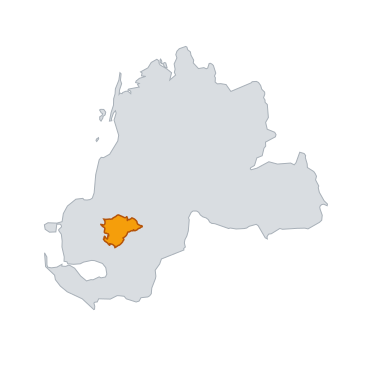 Portuguesa highlighted on a map of Venezuela, rotated 285°
{"feature_id": "VEN-35", "entity_name": "Portuguesa", "entity_type": "State", "adm_level": 1, "iso_a3": "VEN", "parent_name": "Venezuela", "parent_adm1": "", "projection": "robinson", "projection_center": [-69.276, 8.978], "detail": "fine", "context": "in_parent", "style": "filled", "palette": "amber", "viewbox_px": 384, "rotation_deg": 285, "n_neighbors": 0, "source": "natural_earth", "source_scale": "10m", "svg_char_len": 6964}
<svg xmlns="http://www.w3.org/2000/svg" viewBox="0 0 384 384"><g transform="rotate(285 192 192)"><path d="M327.1,142.6L331.0,148.3L330.6,149.6L328.3,151.0L326.9,154.2L323.9,155.6L319.8,159.5L317.0,159.8L312.9,166.3L315.2,171.3L314.7,173.8L315.7,175.1L320.6,175.3L321.1,176.6L320.5,178.7L319.6,180.0L313.0,184.2L309.8,183.7L308.4,185.0L304.2,185.9L303.0,188.4L304.1,191.7L304.6,197.1L299.2,203.5L312.6,220.7L314.1,221.6L315.5,225.6L315.0,227.9L312.7,230.7L309.3,232.8L307.3,236.3L305.3,237.0L301.6,236.7L299.8,238.7L297.5,239.4L296.0,242.1L283.7,246.5L278.3,245.1L272.1,248.4L271.1,256.4L269.2,258.3L266.9,258.3L259.2,250.1L255.4,251.3L252.8,250.2L245.2,250.4L241.7,245.8L233.8,245.5L230.7,242.4L229.4,242.3L228.8,243.4L231.8,248.5L241.1,258.4L241.1,267.3L245.5,279.8L244.7,283.7L247.2,284.9L258.3,285.8L258.2,290.3L256.7,292.3L254.5,292.6L248.9,296.0L245.5,297.1L243.3,304.3L241.5,306.4L239.4,308.2L235.7,308.2L230.6,312.9L228.9,312.8L224.6,315.1L217.7,321.9L215.4,326.0L213.7,326.1L214.3,322.4L213.4,320.5L211.8,319.5L210.3,319.3L208.4,320.3L203.3,323.8L198.3,324.6L195.7,323.0L186.4,313.6L186.3,310.4L184.1,302.9L179.4,289.0L179.5,286.3L172.2,279.4L171.1,276.9L168.1,276.0L166.2,276.9L166.7,274.6L176.6,264.6L177.4,262.4L173.6,256.0L171.4,254.2L170.2,251.9L167.7,244.2L167.1,238.2L166.2,236.9L167.3,222.3L166.8,219.1L167.6,216.7L169.5,215.0L170.6,212.4L170.8,208.9L172.0,206.0L174.1,203.7L174.8,201.5L173.9,197.9L172.1,196.5L166.1,195.3L164.5,196.5L153.5,198.5L148.1,198.4L144.0,197.5L140.8,197.8L137.1,199.8L135.3,198.6L133.9,199.2L119.4,179.8L114.1,179.4L106.9,176.7L101.3,178.9L98.9,179.1L88.8,178.0L83.2,179.0L80.8,178.0L79.2,176.5L76.7,170.1L72.9,169.1L71.3,166.5L71.8,156.2L73.7,153.4L73.0,148.7L72.5,146.5L67.4,140.8L64.7,129.5L61.3,128.9L60.3,126.5L59.3,126.0L56.6,127.6L53.6,128.2L53.0,127.6L60.4,113.7L63.3,97.3L67.0,89.2L72.0,82.7L76.1,80.8L82.0,69.9L95.1,65.3L91.7,68.6L83.9,70.8L82.1,72.1L82.3,75.7L84.5,81.0L88.5,85.1L86.7,85.5L87.5,89.3L89.4,91.8L89.4,93.4L88.0,98.4L82.0,106.2L78.8,113.1L81.2,117.1L81.6,119.2L86.0,124.3L85.5,126.3L87.5,130.4L90.6,131.0L96.6,128.3L99.8,124.0L100.5,115.6L99.9,112.6L96.2,105.4L93.7,102.6L91.5,96.3L90.5,90.6L92.2,89.3L92.0,86.3L96.2,85.4L105.3,80.6L111.0,79.3L117.4,76.7L120.2,73.3L121.2,73.0L124.5,75.0L126.1,74.3L126.8,72.8L125.9,69.7L118.2,70.8L116.3,64.7L118.0,59.8L122.1,57.9L125.0,60.8L127.0,69.6L129.7,74.2L137.9,73.3L146.2,75.3L155.0,81.7L157.6,88.2L156.5,89.9L157.1,92.7L158.3,95.5L160.3,97.3L165.8,97.7L183.9,94.5L199.1,94.0L202.0,95.3L202.3,97.7L207.2,102.7L222.1,107.1L227.8,106.5L241.3,98.1L248.6,98.3L250.7,97.0L248.0,95.7L241.9,95.2L240.1,96.1L239.1,93.9L247.8,93.3L255.5,93.7L261.8,92.2L266.8,92.3L271.8,91.3L281.2,92.4L288.6,91.5L287.8,92.9L281.4,94.0L278.4,96.0L272.0,95.6L267.5,96.3L268.9,96.9L268.9,99.0L270.2,99.4L272.2,102.0L272.7,104.1L271.1,107.4L272.9,107.1L273.9,106.0L273.9,103.7L275.0,104.1L279.7,113.8L281.8,111.5L283.2,112.9L283.1,109.2L284.7,109.3L288.2,111.8L291.7,117.4L291.1,113.1L294.0,113.0L294.7,111.2L300.5,117.3L306.6,119.1L311.1,123.7L310.2,125.9L307.5,127.1L306.4,128.5L304.4,135.7L301.9,141.4L294.3,141.5L300.7,145.9L303.0,144.0L306.2,143.9L311.1,141.6L317.6,142.7L320.5,140.8L324.1,141.0L327.1,142.6ZM248.2,82.4L248.9,85.4L246.8,88.0L244.0,88.1L241.8,86.4L240.6,86.8L236.9,85.8L238.0,84.2L240.7,83.4L242.8,85.3L244.5,85.4L245.0,83.8L247.3,81.5L248.2,82.4ZM309.8,133.3L305.7,135.7L305.5,133.3L308.6,130.5L310.0,132.2L309.8,133.3ZM220.3,87.6L219.2,88.1L216.1,86.9L216.8,86.0L218.4,86.0L220.3,87.6ZM310.6,128.9L308.1,129.6L308.8,127.9L311.4,127.0L312.3,127.3L310.6,128.9Z" fill="#d9dde1" stroke="#a8b0b8" stroke-width="1"/><path d="M143.0,113.8L143.1,114.1L142.8,114.9L142.8,115.1L143.2,115.5L143.3,116.2L143.7,117.0L143.9,117.9L144.3,118.7L144.5,119.1L144.5,119.8L144.6,120.2L144.7,120.5L144.9,120.7L145.3,121.8L145.5,122.0L145.8,122.2L146.3,122.3L146.8,122.7L147.1,123.1L147.3,123.3L147.8,123.8L148.4,124.5L149.1,125.0L149.6,125.3L150.0,125.6L150.3,125.9L150.6,126.4L150.8,126.8L150.8,127.4L150.7,127.9L150.2,131.4L149.9,132.8L149.8,133.1L149.8,133.4L149.8,133.7L150.1,134.5L150.5,134.9L150.6,135.0L150.8,135.1L151.0,135.2L151.2,135.3L151.2,135.5L150.7,135.8L150.4,135.9L150.3,136.0L150.2,136.3L149.9,136.4L149.8,136.5L149.6,136.6L149.4,136.6L149.2,136.5L148.8,136.6L148.0,136.8L147.8,136.9L147.8,137.0L148.0,137.1L148.3,137.2L148.6,137.4L148.7,137.5L148.9,137.7L149.0,138.0L149.1,138.3L149.1,138.5L149.2,138.8L149.4,138.9L149.6,139.0L149.9,139.5L150.2,139.8L151.4,140.6L151.4,140.9L151.4,141.3L151.3,141.7L151.3,141.9L151.2,142.2L151.1,142.9L150.8,143.8L149.8,145.6L149.3,146.3L148.1,146.9L147.1,147.7L147.0,147.8L146.9,148.0L146.5,149.4L146.2,150.7L146.2,150.9L146.4,151.8L146.4,152.0L146.3,152.5L146.2,152.6L146.0,152.8L145.9,152.8L145.7,152.8L145.4,152.7L145.2,152.6L145.2,152.4L145.1,152.1L144.9,151.9L144.0,151.3L143.8,151.2L143.7,151.1L143.3,150.4L143.0,150.0L142.9,149.8L142.1,149.2L141.2,148.7L140.8,148.2L140.0,147.2L139.9,147.0L139.8,146.7L139.8,146.3L139.9,146.1L140.0,145.9L140.2,145.7L140.3,145.6L140.3,145.3L140.2,145.3L140.0,145.2L139.5,145.2L139.4,145.2L139.2,144.8L139.1,144.6L139.2,144.2L139.0,143.7L138.6,143.1L137.5,142.0L137.3,141.8L137.1,141.4L136.8,140.5L136.7,140.4L136.1,140.3L134.8,140.2L134.6,140.1L133.8,140.0L133.5,139.9L133.1,139.8L131.6,139.0L130.9,138.3L130.3,138.0L130.0,137.4L129.9,137.3L129.6,137.4L129.5,137.5L129.3,137.7L129.1,137.9L128.6,138.3L128.4,138.5L128.2,138.5L127.7,138.4L127.3,138.1L126.8,137.9L126.3,138.0L125.9,137.9L124.0,137.0L122.0,135.7L121.8,135.4L121.3,134.6L118.6,132.3L118.4,131.9L118.7,131.8L118.9,131.7L119.0,131.6L119.6,131.6L119.8,131.4L119.9,130.7L120.0,130.5L120.3,130.1L120.5,129.7L120.8,128.7L120.9,126.6L120.8,126.2L120.4,126.5L120.2,126.5L119.9,126.4L119.6,126.4L119.4,126.3L119.3,126.2L119.3,125.9L119.4,125.7L119.9,125.1L120.3,124.2L120.7,123.9L120.8,123.8L121.0,123.4L121.4,122.0L121.6,121.9L121.7,121.5L121.9,120.8L121.9,120.6L122.0,120.5L123.3,118.9L123.5,118.8L123.6,118.7L123.9,118.9L124.0,119.0L124.3,119.2L124.5,119.2L125.2,118.9L125.4,118.8L125.5,118.9L125.9,118.9L126.0,119.0L126.2,118.9L126.4,119.0L126.5,119.0L126.5,119.3L126.4,119.5L125.7,120.3L125.3,120.9L125.2,121.0L125.0,121.3L124.7,122.0L124.7,122.3L124.8,122.4L125.0,122.5L127.0,122.3L127.3,122.2L127.5,122.1L127.8,122.1L127.8,122.4L127.8,122.6L128.1,122.9L129.4,122.4L129.8,122.1L129.8,121.8L129.8,121.7L129.7,121.5L129.7,121.3L129.7,121.1L130.0,120.3L130.0,120.2L130.0,119.9L129.9,119.4L129.8,119.1L129.8,118.8L130.0,118.2L130.5,117.7L131.1,117.6L131.7,117.5L132.7,117.4L133.8,117.4L134.4,117.1L134.9,116.7L135.1,116.3L135.2,115.8L135.7,114.2L136.3,113.6L136.7,112.7L136.8,112.5L136.9,112.4L137.1,112.4L137.1,112.5L137.2,113.3L137.3,113.8L137.3,114.1L137.2,114.5L137.2,114.9L137.2,115.1L137.4,115.3L137.7,115.7L137.9,115.8L138.1,115.9L138.3,116.0L139.1,116.1L140.1,115.9L141.3,115.5L141.5,115.4L141.6,115.2L141.7,114.9L141.8,114.8L142.3,114.7L143.0,113.8L143.0,113.8Z" fill="#f59e0b" stroke="#b45309" stroke-width="1.5"/></g></svg>